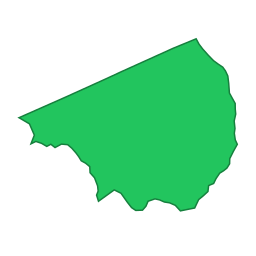 Jucati, Pernambuco, Brazil, rotated 267°
{"feature_id": "56859067B55916108667940", "entity_name": "Jucati", "entity_type": "district", "adm_level": 2, "iso_a3": "BRA", "parent_name": "Brazil", "parent_adm1": "Pernambuco", "projection": "orthographic", "projection_center": [-36.472, -8.73], "detail": "fine", "context": "isolated", "style": "filled", "palette": "green", "viewbox_px": 256, "rotation_deg": 267, "n_neighbors": 0, "source": "geoboundaries", "source_scale": "gbopen_adm2", "svg_char_len": 1032}
<svg xmlns="http://www.w3.org/2000/svg" viewBox="0 0 256 256"><g transform="rotate(267 128 128)"><path d="M87.0,227.6L92.1,228.0L99.3,232.1L106.0,236.3L110.5,234.5L117.2,233.9L121.9,234.8L129.4,234.4L136.3,236.3L141.1,236.1L146.9,236.3L157.6,231.1L167.3,230.9L174.7,230.4L179.9,228.3L183.8,225.8L187.4,221.0L190.8,216.9L196.4,212.0L203.0,206.7L208.0,203.3L213.5,200.7L205.3,177.4L184.3,123.6L180.8,114.9L177.6,106.9L174.4,98.7L162.2,67.5L144.0,19.7L137.3,29.8L125.8,34.1L117.3,30.3L119.4,35.3L117.2,40.9L113.9,45.9L115.8,50.1L112.3,54.1L115.4,60.7L114.5,66.9L110.8,70.8L106.0,74.6L102.1,77.2L97.7,79.6L95.1,83.8L91.4,87.8L85.3,87.8L80.0,92.0L71.8,94.6L66.6,94.9L62.6,93.1L56.4,94.7L66.9,111.0L63.2,117.6L53.7,123.6L48.3,127.4L45.3,131.4L45.2,138.2L48.9,141.8L53.8,144.2L55.8,151.2L54.6,155.7L52.2,160.4L51.1,165.6L48.3,171.2L42.5,176.0L43.7,184.0L44.6,190.4L52.8,194.8L56.5,199.8L60.4,204.5L66.3,205.5L68.1,210.6L72.8,213.2L78.1,217.2L80.3,221.2L82.8,224.7L87.0,227.6Z" fill="#22c55e" stroke="#15803d" stroke-width="1.5"/></g></svg>